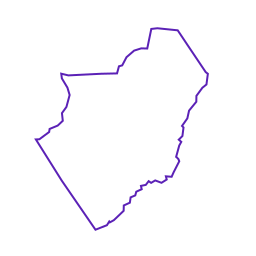 Bulloch, Georgia, United States of America, rotated 74°
{"feature_id": "52423323B90493034811524", "entity_name": "Bulloch", "entity_type": "district", "adm_level": 2, "iso_a3": "USA", "parent_name": "United States of America", "parent_adm1": "Georgia", "projection": "natural_earth1", "projection_center": [-81.717, 32.403], "detail": "fine", "context": "isolated", "style": "outline", "palette": "violet", "viewbox_px": 256, "rotation_deg": 74, "n_neighbors": 0, "source": "geoboundaries", "source_scale": "gbopen_adm2", "svg_char_len": 920}
<svg xmlns="http://www.w3.org/2000/svg" viewBox="0 0 256 256"><g transform="rotate(74 128 128)"><path d="M47.8,53.3L40.2,72.3L39.2,78.3L56.9,87.6L55.1,93.3L55.3,100.8L59.5,109.9L66.2,116.3L66.2,119.7L72.5,123.5L68.5,138.7L61.0,170.8L57.4,177.2L62.1,177.9L72.5,175.1L80.2,175.0L90.8,181.4L95.5,187.4L103.1,188.7L106.3,194.9L107.3,203.6L110.1,204.9L114.4,216.3L113.6,219.7L160.3,206.2L216.8,187.3L215.6,175.0L212.7,171.8L213.7,171.4L212.7,167.0L206.4,155.0L201.3,153.4L200.3,146.8L195.4,144.6L194.8,139.6L191.5,137.6L190.6,131.7L187.2,131.5L187.6,126.6L184.8,122.8L187.1,120.9L185.9,116.3L189.9,110.9L188.2,105.0L184.9,104.9L186.9,99.5L183.2,96.4L174.1,87.9L171.8,88.1L169.1,89.5L169.7,90.1L159.0,83.6L156.0,80.6L153.2,82.4L150.7,77.9L142.8,74.5L140.9,75.5L135.1,68.3L128.1,64.5L121.6,55.1L116.0,53.4L109.8,45.4L107.8,40.6L97.9,36.3L95.7,37.9L65.0,47.8L47.8,53.3Z" fill="none" stroke="#5b21b6" stroke-width="2"/></g></svg>